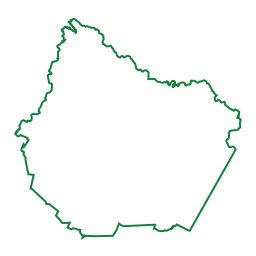 Frontera Comalapa, Chiapas, Mexico (Albers equal-area conic projection)
{"feature_id": "50627088B89895407901700", "entity_name": "Frontera Comalapa", "entity_type": "district", "adm_level": 2, "iso_a3": "MEX", "parent_name": "Mexico", "parent_adm1": "Chiapas", "projection": "albers", "projection_center": [-92.074, 15.782], "detail": "fine", "context": "isolated", "style": "outline", "palette": "green", "viewbox_px": 256, "rotation_deg": 0, "n_neighbors": 0, "source": "geoboundaries", "source_scale": "gbopen_adm2", "svg_char_len": 5545}
<svg xmlns="http://www.w3.org/2000/svg" viewBox="0 0 256 256"><path d="M67.9,21.7L68.7,22.0L69.6,23.0L69.8,23.6L70.4,23.8L70.8,24.6L71.5,24.5L72.8,27.0L74.1,27.5L74.1,28.4L74.4,28.7L74.5,29.2L76.1,30.0L76.1,30.8L75.6,31.8L76.0,32.4L75.7,32.9L75.3,32.6L75.3,31.9L74.7,31.1L74.4,31.0L74.0,31.3L73.3,31.2L72.1,30.2L71.8,29.7L70.4,29.0L69.8,28.0L69.5,29.0L69.0,29.0L68.1,27.5L67.9,27.4L68.2,28.3L67.9,28.4L67.2,27.8L66.5,27.8L65.9,27.3L65.4,27.1L65.4,26.8L65.1,26.7L64.2,27.4L63.9,28.0L61.6,29.9L61.7,30.1L61.8,29.9L62.1,29.9L62.7,30.5L63.1,31.3L62.7,31.5L63.5,32.8L63.8,33.9L63.8,34.6L63.4,35.3L63.2,35.5L62.8,35.4L62.5,35.7L63.0,35.8L63.4,36.5L63.2,37.0L63.6,37.5L63.9,38.8L63.5,39.9L64.2,39.5L64.4,39.7L64.9,39.6L65.2,39.8L65.0,40.2L62.8,42.3L62.4,42.2L62.1,41.9L62.0,42.6L61.4,42.8L60.3,44.3L59.2,44.6L57.4,45.6L57.3,46.6L57.4,47.0L59.1,48.4L59.6,49.4L59.2,50.5L58.1,51.7L57.9,52.5L58.1,55.4L58.0,57.4L57.6,57.9L58.0,58.0L58.4,58.8L58.4,59.2L57.5,60.4L54.4,61.6L53.3,61.9L53.0,61.7L52.6,61.8L52.2,62.2L50.3,68.8L48.9,70.6L48.9,71.2L50.4,72.1L51.6,73.6L51.0,74.2L49.7,73.9L48.4,74.8L47.7,75.8L48.9,81.3L49.0,82.6L49.4,82.8L50.1,83.5L51.4,83.5L52.0,84.3L52.0,87.5L51.4,90.6L51.0,91.2L49.7,92.4L47.5,93.0L47.0,93.2L46.7,93.6L45.6,97.3L45.1,97.8L45.1,98.1L45.7,98.8L46.0,99.6L45.9,100.1L45.3,100.2L43.2,101.5L42.4,102.4L40.5,107.3L39.4,108.4L38.8,109.9L38.7,111.3L39.8,112.2L39.8,112.8L39.3,113.3L38.1,113.6L37.0,114.3L33.3,113.9L31.8,114.4L31.4,114.9L31.3,115.4L31.8,117.7L31.6,118.7L31.3,120.3L30.4,121.1L29.9,121.3L29.0,120.7L27.9,120.6L27.3,121.8L26.7,122.0L26.4,121.5L25.8,121.2L25.3,121.2L23.7,120.2L21.5,121.1L20.8,123.2L19.4,125.6L19.8,127.3L19.9,128.2L18.9,129.1L19.2,129.3L18.7,129.7L18.4,129.6L18.0,130.0L18.3,130.1L17.7,130.5L18.0,130.6L17.6,131.0L17.0,132.2L16.6,132.1L16.5,132.4L16.0,132.2L15.5,133.1L15.9,133.3L15.4,134.0L16.1,134.5L16.8,135.5L17.6,136.2L18.6,136.2L19.9,135.8L20.2,135.8L20.3,136.1L20.4,135.1L27.4,137.9L27.3,139.4L28.5,140.0L25.9,144.3L23.7,147.3L23.2,146.8L24.2,145.3L23.5,144.2L22.4,147.0L21.7,147.7L21.4,149.9L21.4,150.3L22.4,151.5L23.2,151.4L23.9,152.1L24.0,153.3L23.4,154.2L23.5,154.6L24.7,156.3L25.6,157.9L25.5,159.4L26.0,162.7L27.4,169.0L27.2,170.1L28.2,172.1L28.4,174.3L33.7,174.9L30.6,188.5L31.6,188.6L45.8,201.9L46.3,204.1L49.3,204.2L58.3,211.3L56.0,215.2L56.1,215.7L62.5,223.0L69.8,222.7L67.5,227.5L71.3,229.3L72.7,228.3L76.3,228.8L77.9,229.7L80.3,229.9L79.9,231.7L80.5,233.1L82.0,235.1L82.8,235.6L83.3,235.5L82.7,237.2L83.5,236.6L83.3,237.2L84.8,236.4L86.8,235.9L95.9,236.2L112.9,235.8L116.3,230.6L119.0,223.6L121.9,225.6L123.5,226.2L155.0,224.7L154.0,228.7L154.7,228.6L155.6,228.9L157.5,230.3L158.5,230.7L162.4,231.2L163.5,231.0L164.5,230.3L166.1,230.7L167.0,230.6L168.1,229.9L171.2,228.9L171.1,228.7L171.8,228.6L172.0,228.5L171.6,228.1L171.9,227.4L172.3,227.1L172.6,227.6L173.0,227.2L172.9,226.2L173.5,226.1L173.7,225.8L174.1,225.7L174.3,226.0L175.2,226.2L176.8,224.5L184.6,228.4L186.1,229.4L189.7,230.8L235.7,149.5L234.9,148.0L233.2,146.5L232.1,146.6L230.4,147.3L229.1,147.0L228.7,146.5L227.4,143.4L226.4,141.6L226.3,140.8L226.6,139.8L227.4,139.3L228.3,138.9L228.6,138.5L228.8,137.7L228.8,136.8L229.1,135.8L229.0,134.6L229.2,133.3L228.9,132.3L230.0,131.3L230.1,130.8L230.8,130.9L231.8,130.5L233.4,130.3L236.1,130.2L237.1,130.0L238.8,128.9L239.5,127.7L240.0,127.5L240.3,126.6L240.2,125.5L239.8,123.5L240.0,122.4L240.6,121.1L240.2,120.3L240.5,119.5L239.4,118.5L239.0,117.9L238.2,118.1L237.3,118.1L237.2,118.0L237.4,117.4L238.3,116.5L237.9,116.1L237.9,115.8L238.1,115.5L238.6,115.5L239.0,115.1L238.9,114.4L239.2,112.0L238.3,111.1L235.4,109.5L234.7,109.7L233.8,110.7L232.3,109.7L231.9,109.8L231.2,109.4L228.2,107.4L225.0,104.6L225.1,102.8L224.9,102.3L224.3,101.8L222.4,102.4L221.3,102.4L220.7,102.0L219.9,100.6L218.2,99.8L218.2,100.0L216.8,100.9L215.7,101.1L215.0,99.9L214.7,97.7L214.9,97.2L216.7,95.3L216.0,95.0L214.6,93.8L214.0,93.1L213.9,92.1L212.9,91.3L212.4,91.2L211.4,88.4L210.5,87.5L208.9,83.9L208.1,83.4L207.0,83.5L206.6,82.0L206.0,81.2L205.2,80.6L203.8,80.4L202.0,81.1L199.1,81.8L197.8,82.6L197.2,82.7L196.0,81.9L195.1,81.0L193.9,80.7L191.6,80.9L191.4,80.7L190.6,81.2L190.7,83.6L190.5,84.0L189.6,84.5L188.2,84.4L186.2,85.6L185.7,85.6L185.3,85.2L185.0,84.4L185.1,83.4L183.6,82.5L182.4,82.4L180.7,82.9L178.3,84.1L178.8,85.0L178.2,86.2L177.7,86.1L177.5,85.8L176.0,84.7L173.4,87.0L172.7,86.9L172.8,85.0L175.2,82.9L175.2,82.7L175.1,82.2L174.1,81.0L173.0,80.9L171.9,81.4L170.4,83.3L169.7,85.4L168.8,84.9L167.9,83.9L167.9,83.0L168.3,82.5L167.4,81.4L166.9,81.3L165.7,82.5L164.3,82.0L162.4,82.9L161.0,82.3L157.1,81.5L154.8,78.9L148.4,79.1L148.6,72.8L148.4,72.1L147.7,71.6L147.0,70.7L145.9,70.1L143.9,70.7L142.8,71.6L141.8,71.3L141.3,70.3L140.7,69.8L140.0,69.6L139.4,70.2L138.9,70.2L138.4,70.1L136.7,69.1L136.2,68.4L136.0,67.7L135.9,66.6L135.5,65.7L135.5,64.8L135.2,63.8L133.9,62.3L131.9,59.3L131.1,58.9L130.5,58.3L130.5,57.4L130.0,56.6L129.2,56.2L127.2,55.9L124.5,57.3L124.1,57.3L123.6,57.2L122.8,56.1L122.0,55.9L121.4,56.3L120.3,57.5L119.0,57.3L117.0,55.7L116.6,54.6L116.5,53.7L116.2,52.7L114.5,51.9L112.8,48.4L111.8,47.4L111.5,46.7L110.7,45.7L108.6,46.3L107.6,46.3L107.1,46.5L104.8,45.1L103.9,44.1L102.9,43.9L102.7,43.0L102.8,42.2L102.6,41.1L103.6,39.4L103.7,38.7L103.1,37.4L103.5,36.6L103.3,35.8L101.9,34.2L99.3,33.3L99.0,32.8L98.9,31.0L98.4,30.3L96.8,29.4L95.4,29.7L94.4,27.9L92.2,27.6L91.5,27.9L86.8,26.1L85.6,26.7L84.4,25.9L82.7,26.0L80.9,24.9L79.6,23.1L78.4,22.0L74.3,18.8L73.4,18.9L72.5,19.5L71.2,21.2L70.9,20.4L70.6,20.8L70.7,21.5L67.9,21.7Z" fill="none" stroke="#15803d" stroke-width="2"/></svg>